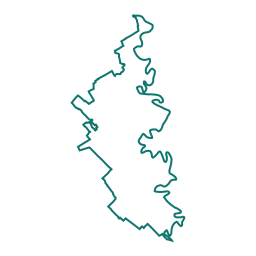 Gorban, Iasi, Romania
{"feature_id": "2599482B38258356055688", "entity_name": "Gorban", "entity_type": "district", "adm_level": 2, "iso_a3": "ROU", "parent_name": "Romania", "parent_adm1": "Iasi", "projection": "orthographic", "projection_center": [28.07, 46.911], "detail": "fine", "context": "isolated", "style": "outline", "palette": "teal", "viewbox_px": 256, "rotation_deg": 0, "n_neighbors": 0, "source": "geoboundaries", "source_scale": "gbopen_adm2", "svg_char_len": 5848}
<svg xmlns="http://www.w3.org/2000/svg" viewBox="0 0 256 256"><path d="M171.9,240.6L171.2,239.5L168.2,236.9L164.7,234.5L164.3,233.9L164.3,233.2L164.6,232.3L165.9,230.6L166.8,230.4L167.3,231.2L168.2,233.8L169.2,235.5L169.6,235.8L170.0,235.6L170.6,234.9L171.3,233.2L171.6,229.5L172.1,227.3L172.5,226.1L173.4,224.5L174.8,222.9L176.4,221.9L176.9,221.8L177.5,222.3L178.0,223.3L180.0,225.5L181.1,226.1L182.1,225.1L182.1,222.1L184.2,218.4L184.3,217.3L182.9,216.7L181.0,217.3L176.5,217.3L175.7,217.0L174.6,216.2L174.4,215.7L174.5,214.6L174.7,214.0L175.7,213.6L179.1,213.1L180.6,212.6L180.9,212.3L180.7,210.9L177.5,208.6L174.9,207.5L171.8,205.4L168.6,202.7L166.6,200.7L164.1,197.2L164.6,196.2L167.9,194.3L168.9,193.4L169.3,192.6L168.9,191.9L168.1,191.5L166.6,191.4L162.3,191.9L159.8,192.0L155.6,191.6L154.7,191.0L154.9,189.7L155.3,188.4L156.1,187.2L157.0,186.3L158.6,185.6L160.6,185.2L161.7,185.4L164.0,186.6L165.3,186.4L166.5,185.7L168.6,183.8L170.8,180.6L172.1,180.0L173.6,179.7L175.6,179.7L176.1,179.5L176.2,179.0L176.1,178.5L175.3,177.0L172.5,174.8L170.5,173.8L170.0,173.4L169.5,172.6L169.4,170.4L170.8,165.2L171.4,161.9L171.5,158.7L171.1,157.6L170.4,155.8L169.0,153.5L168.1,152.5L167.3,152.3L166.8,152.3L166.3,153.0L166.1,154.1L166.8,156.7L166.9,158.3L166.6,160.6L166.1,161.7L165.3,162.0L164.9,161.8L164.2,161.0L161.8,154.4L160.6,152.0L160.2,151.6L159.3,151.6L158.4,152.2L157.5,153.5L155.5,155.7L153.3,157.6L152.8,157.5L152.2,157.0L151.8,155.7L151.6,153.6L151.2,152.5L150.4,151.5L149.6,151.0L148.7,150.8L146.8,150.9L145.5,151.3L143.6,152.4L142.3,152.8L141.5,152.7L141.3,151.4L141.6,150.1L142.8,148.1L144.4,146.9L145.0,146.3L145.0,145.8L144.8,145.4L144.4,145.1L142.0,144.7L140.2,143.9L138.9,142.2L138.8,141.0L139.1,139.7L141.1,137.0L141.6,135.8L143.0,134.0L143.4,133.9L144.2,134.3L146.7,136.9L148.1,137.6L151.1,138.1L152.1,137.8L152.1,137.1L151.8,136.0L150.9,134.3L150.2,131.9L150.0,130.8L150.1,130.5L151.1,129.8L153.3,129.4L155.8,129.5L156.7,129.9L158.5,131.3L159.4,131.0L160.7,130.0L162.1,127.4L162.8,124.9L166.1,119.9L168.0,115.7L169.2,114.0L169.8,112.4L169.8,111.6L169.3,110.9L168.6,110.4L165.0,109.0L161.2,107.0L155.5,104.4L153.4,102.9L152.5,101.9L152.4,101.4L152.5,101.0L152.9,100.7L154.2,100.1L155.9,99.7L157.5,99.9L158.7,100.4L159.0,100.6L159.7,102.1L160.3,102.6L161.2,102.6L162.7,101.9L163.0,101.1L163.0,99.9L161.7,97.6L160.2,96.1L158.6,95.3L156.6,94.8L151.4,94.3L147.5,94.3L140.2,93.5L139.0,92.4L137.7,90.0L137.1,88.2L137.0,87.6L137.2,87.3L139.0,86.4L140.8,86.5L141.6,87.0L142.1,87.9L143.0,91.5L143.8,92.1L144.6,91.9L145.0,91.6L145.9,90.3L146.3,89.1L146.5,88.3L146.1,86.9L144.0,84.0L143.8,82.7L143.9,81.8L144.2,81.4L145.0,81.6L145.4,81.9L146.1,83.5L147.0,84.6L148.2,85.2L149.0,85.3L150.0,85.2L151.4,84.5L152.4,83.3L153.2,81.6L153.3,78.5L153.6,77.2L154.6,74.2L154.7,73.3L154.9,71.1L154.6,70.5L153.1,69.1L152.5,68.8L152.0,68.8L151.5,68.9L150.4,69.7L148.4,72.8L147.4,73.6L147.0,73.7L146.3,73.1L145.8,71.9L145.9,69.2L146.4,67.6L146.9,66.8L149.4,63.3L149.9,62.0L150.1,60.3L149.8,59.0L149.4,58.8L146.8,59.6L144.6,59.9L142.4,59.7L140.4,58.8L138.9,57.7L136.9,55.6L136.0,54.2L134.3,50.9L134.0,48.9L135.0,47.8L137.2,46.6L138.4,46.3L140.5,46.6L141.6,46.0L142.2,44.4L142.1,42.7L141.8,41.4L140.7,39.1L140.5,38.3L140.3,37.5L140.6,35.8L141.0,35.1L142.2,33.9L144.0,32.8L148.6,32.0L150.1,31.1L151.6,29.6L152.3,28.6L152.6,27.7L152.7,25.7L152.5,25.1L151.4,24.2L145.8,21.6L144.6,20.5L143.2,18.1L142.0,16.8L141.1,16.3L138.7,15.6L133.8,15.7L133.6,15.4L133.0,15.9L133.5,16.7L135.6,17.4L136.2,19.0L136.9,20.0L137.0,21.4L137.7,23.4L137.8,24.6L138.2,25.4L137.6,26.2L138.0,27.0L137.9,28.1L138.3,29.0L138.4,30.9L131.2,35.4L125.4,38.6L125.5,38.8L121.4,41.3L121.8,42.1L122.8,44.8L123.4,45.7L118.8,48.7L114.9,50.9L115.2,51.5L115.1,52.3L115.4,52.9L118.3,53.7L118.9,54.2L119.1,55.0L118.9,56.5L119.1,57.4L119.5,58.3L120.3,63.1L121.3,63.4L122.4,64.1L123.9,64.0L124.5,64.6L124.5,65.2L124.3,65.5L123.0,66.7L122.5,67.3L122.6,68.1L123.6,68.9L123.9,69.5L123.7,70.2L123.1,71.3L120.9,72.7L120.7,73.8L120.4,74.1L119.4,74.2L117.0,73.9L115.4,74.8L114.8,75.5L114.8,75.8L114.6,75.7L114.2,75.1L111.9,71.0L105.7,74.7L98.0,78.8L98.3,79.1L95.3,80.9L95.6,82.1L95.6,82.3L94.9,82.6L94.3,83.3L93.5,83.5L93.6,87.7L93.8,88.8L91.6,89.8L88.7,91.4L89.4,93.0L93.8,100.1L93.8,100.5L93.7,100.8L90.3,102.9L89.0,103.9L87.8,102.8L87.7,102.9L85.3,100.9L84.7,101.3L81.4,98.2L78.0,95.5L76.2,97.1L71.7,102.7L73.6,104.8L74.0,105.7L74.9,106.5L76.0,107.8L76.5,108.1L76.9,107.9L78.6,109.2L78.8,108.9L79.8,109.3L81.6,110.8L81.7,111.5L82.7,112.8L84.2,114.4L85.7,115.6L87.4,117.7L89.4,119.5L90.6,120.1L91.6,119.6L92.1,119.6L92.3,119.8L92.3,120.2L91.1,121.4L94.8,125.3L95.8,124.6L97.4,126.9L96.3,127.7L96.6,128.4L96.4,128.6L96.6,129.1L95.8,129.5L95.8,130.2L95.3,130.5L94.8,130.1L94.8,129.4L93.3,128.5L92.7,127.7L91.8,127.0L91.1,124.4L90.8,123.7L89.8,123.0L89.0,122.1L87.5,122.9L86.4,122.4L83.3,124.6L83.4,125.1L84.0,125.7L84.6,126.0L84.9,126.5L86.4,127.7L88.6,130.6L90.1,131.9L88.9,132.7L88.1,134.3L87.8,134.4L86.9,135.6L87.5,136.6L90.0,139.4L78.0,146.8L79.7,150.4L89.1,147.5L89.7,147.6L98.0,156.1L101.8,159.6L107.7,165.8L111.5,169.2L108.9,171.9L107.8,173.4L102.6,178.2L102.9,178.3L103.2,178.8L103.2,179.3L103.9,179.5L104.9,180.9L105.3,181.9L105.3,182.8L105.7,183.1L106.0,183.7L106.8,184.6L107.1,185.5L107.4,185.5L107.4,185.8L108.7,187.3L109.2,187.9L109.5,188.7L110.0,189.0L111.2,190.8L112.6,192.3L112.9,192.8L113.0,194.0L113.6,194.6L113.8,195.6L114.3,196.4L115.4,197.4L115.3,197.5L115.6,198.6L115.4,199.1L113.0,201.9L108.2,206.5L110.6,208.8L111.5,210.1L114.8,213.6L118.1,216.6L118.1,217.1L118.9,218.0L119.1,218.5L119.5,218.3L120.0,217.7L123.4,220.7L125.6,218.4L139.7,229.1L141.3,227.0L142.1,226.4L143.8,228.0L145.2,226.1L145.7,225.8L147.6,223.9L151.7,227.9L159.3,235.8L161.4,234.7L162.3,233.9L163.0,234.5L164.0,236.5L166.3,238.6L166.7,239.3L167.1,239.2L171.9,240.6Z" fill="none" stroke="#0f766e" stroke-width="2"/></svg>